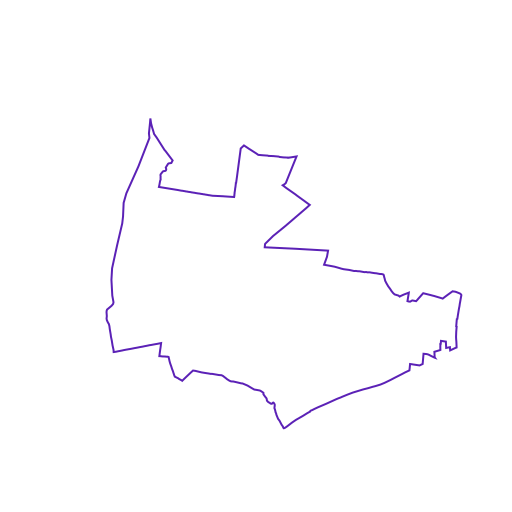 the district of Zacatelco, Tlaxcala, Mexico, rotated 65°
{"feature_id": "50627088B32824075530997", "entity_name": "Zacatelco", "entity_type": "district", "adm_level": 2, "iso_a3": "MEX", "parent_name": "Mexico", "parent_adm1": "Tlaxcala", "projection": "mercator", "projection_center": [-98.258, 19.197], "detail": "fine", "context": "isolated", "style": "outline", "palette": "violet", "viewbox_px": 512, "rotation_deg": 65, "n_neighbors": 0, "source": "geoboundaries", "source_scale": "gbopen_adm2", "svg_char_len": 6055}
<svg xmlns="http://www.w3.org/2000/svg" viewBox="0 0 512 512"><g transform="rotate(65 256 256)"><path d="M164.0,359.8L170.0,363.5L187.4,377.2L206.3,391.6L216.5,397.1L231.2,403.0L237.7,404.7L239.1,405.8L240.1,408.0L241.6,413.6L242.4,414.4L243.7,415.2L247.4,416.6L249.6,417.9L251.2,418.3L253.6,418.3L255.5,418.1L257.6,418.5L260.4,419.4L263.3,420.2L265.5,420.8L268.0,421.6L271.5,422.4L276.4,423.8L280.9,424.8L282.9,425.6L283.1,425.0L283.2,424.7L283.7,422.9L283.8,422.4L284.1,421.1L284.5,419.6L285.2,416.7L285.3,416.1L285.7,414.5L286.1,412.9L286.5,411.5L286.6,411.0L286.7,410.7L286.9,410.0L287.3,408.5L287.6,407.3L288.1,405.2L288.8,402.6L289.4,400.1L289.9,398.2L290.0,397.9L290.4,396.3L290.6,395.3L291.1,393.4L291.5,391.7L291.8,390.3L292.3,388.7L292.6,387.5L293.3,384.8L293.9,382.6L294.8,378.8L296.4,379.8L298.6,381.2L300.4,382.4L303.2,384.2L305.9,385.9L306.2,385.3L307.2,383.7L307.5,383.2L308.2,381.8L308.9,380.5L309.2,380.1L309.7,379.0L310.2,378.3L310.6,377.9L311.5,378.1L313.9,378.6L314.7,378.8L315.4,378.9L316.5,379.1L318.3,379.3L319.6,379.4L321.3,379.6L322.6,379.8L324.2,379.9L325.7,380.0L326.8,380.2L328.1,380.3L329.0,380.5L330.1,380.5L331.0,380.6L332.0,379.8L334.1,378.1L334.6,377.9L335.2,377.5L337.6,375.7L337.9,375.6L337.8,375.3L337.2,373.6L336.1,370.4L334.2,364.7L333.2,361.5L334.5,359.5L338.5,354.5L340.2,352.0L342.4,348.7L343.6,347.0L344.2,345.7L346.9,341.8L348.1,340.1L349.5,337.6L350.8,336.6L354.1,334.9L355.4,334.3L357.9,332.7L359.0,331.7L359.6,330.7L360.1,329.7L361.0,328.5L362.8,326.2L365.2,323.2L365.8,322.1L369.0,319.2L369.9,318.4L374.2,315.5L375.9,314.3L376.3,314.0L377.3,312.5L379.0,310.1L379.6,309.3L380.4,308.7L382.2,307.6L383.2,307.1L383.6,307.3L384.5,307.7L385.0,307.6L385.7,307.5L387.7,307.1L389.1,306.7L390.0,306.7L391.3,307.1L391.7,307.2L392.4,307.0L393.6,306.6L395.0,305.6L395.8,305.2L396.4,304.6L396.6,303.9L396.1,302.8L396.2,302.2L396.6,302.0L397.1,301.9L397.7,301.8L398.8,301.9L400.1,302.6L400.6,303.0L401.7,303.6L403.1,303.7L405.2,304.1L405.8,304.3L407.2,304.3L408.4,304.6L412.9,304.8L415.2,304.3L419.8,304.1L421.8,303.7L422.8,303.8L423.8,303.7L423.9,303.4L424.0,302.7L423.7,300.5L423.0,297.3L422.9,297.0L422.9,296.8L422.4,294.7L422.1,293.2L421.4,289.0L420.7,280.7L420.1,275.9L419.9,273.2L419.9,272.9L419.7,272.8L419.3,271.8L419.4,270.2L419.3,267.7L419.3,263.9L419.6,254.8L419.7,243.8L419.8,241.4L420.0,239.2L420.0,238.1L420.0,237.6L420.3,231.4L420.7,226.0L421.2,222.4L422.2,215.3L423.0,211.1L423.2,210.0L423.8,205.9L423.9,205.3L424.4,202.6L424.5,201.9L425.1,197.6L425.3,193.1L425.2,186.5L425.0,182.3L424.9,179.4L424.7,173.7L424.5,169.9L424.5,168.1L424.5,165.3L423.7,164.8L422.2,163.9L419.0,162.0L420.1,160.3L420.8,159.3L424.3,154.0L424.3,152.3L424.3,150.6L421.0,148.7L415.4,145.5L417.0,142.8L417.8,141.8L419.0,140.7L419.9,140.1L423.5,137.2L423.9,136.8L423.3,136.9L418.2,134.8L419.1,128.8L419.1,128.6L417.9,128.1L416.1,127.3L415.2,126.8L413.7,126.2L413.8,125.8L411.1,124.2L411.9,123.0L412.9,121.5L413.8,120.1L419.7,122.5L420.6,118.8L423.6,119.9L423.6,115.9L423.6,114.1L423.7,112.9L422.6,112.4L418.3,110.6L416.1,109.8L413.9,108.9L409.2,106.5L404.8,104.0L404.4,104.3L398.1,100.7L398.1,100.1L394.9,98.0L390.5,95.0L388.8,93.8L387.6,92.9L385.3,91.4L384.2,90.6L380.9,88.3L378.8,86.8L378.2,86.4L377.6,86.4L377.0,86.6L376.2,87.0L373.3,89.7L372.4,90.7L371.7,91.9L371.1,92.6L371.2,93.1L371.2,93.5L371.4,94.5L372.1,98.2L373.0,102.6L373.3,103.8L373.4,104.6L373.5,104.8L372.9,105.4L368.1,110.8L367.2,111.8L367.1,112.0L365.0,114.5L360.4,120.2L361.2,122.1L362.3,124.6L363.4,127.2L363.7,127.8L364.1,128.7L364.4,129.5L364.6,130.0L362.4,133.0L362.3,133.3L362.5,135.3L362.5,135.6L362.3,136.0L361.8,136.8L360.9,137.8L354.9,133.7L354.1,133.2L353.8,133.0L353.4,138.7L353.4,141.5L353.4,142.5L353.5,142.9L352.1,143.6L349.4,146.6L347.5,147.4L345.0,148.0L342.7,148.3L339.3,149.0L336.9,149.2L336.1,149.3L333.0,149.4L330.6,148.9L329.6,148.8L327.9,148.4L326.8,148.3L326.1,148.9L325.3,150.0L324.6,151.4L322.5,154.3L321.7,155.7L319.9,158.4L318.8,159.9L317.8,162.1L317.3,162.6L316.3,164.8L313.6,168.6L312.7,170.4L311.8,171.7L311.1,173.4L308.8,176.4L307.9,177.6L306.0,180.6L304.9,182.3L304.4,182.9L303.7,183.8L301.4,186.4L298.9,189.3L296.3,192.9L292.7,198.0L291.9,197.2L286.7,192.0L281.6,188.4L266.1,217.2L251.8,244.4L249.4,243.0L248.8,242.5L245.1,232.1L241.2,216.6L233.6,189.5L232.4,185.7L218.5,193.4L216.9,194.2L207.2,199.8L203.2,201.9L203.0,199.9L202.5,198.2L182.9,177.2L180.8,184.6L180.7,184.5L180.3,185.6L180.1,185.8L179.3,187.4L178.8,188.3L178.6,188.8L178.2,189.5L176.2,192.8L175.5,193.4L172.7,198.2L170.6,202.3L170.0,202.9L167.5,207.4L165.3,211.2L163.2,212.4L156.4,216.7L156.3,216.8L153.3,218.6L150.7,220.2L152.1,224.4L174.8,238.9L175.6,239.4L181.3,243.1L181.4,243.5L181.8,243.6L183.0,244.4L183.7,244.8L184.3,245.2L184.8,245.5L185.2,245.8L185.5,246.0L185.8,246.2L186.1,246.4L186.4,246.6L186.8,246.8L187.1,247.0L187.4,247.2L187.7,247.4L188.0,247.6L188.3,247.8L188.6,248.0L188.9,248.2L189.2,248.4L189.5,248.6L189.8,248.8L190.1,248.9L190.4,249.1L190.7,249.3L191.0,249.5L191.4,249.7L191.7,249.9L192.0,250.0L192.3,250.3L192.6,250.4L192.9,250.6L193.3,250.9L188.4,259.8L188.1,260.3L183.3,269.4L183.0,270.0L182.5,270.7L182.1,271.3L181.6,272.0L181.2,272.6L180.8,273.3L180.3,273.9L179.9,274.5L179.5,275.1L179.1,275.7L178.6,276.4L178.2,276.9L178.1,277.1L177.7,277.8L177.2,278.4L176.7,279.2L175.3,281.2L174.8,282.1L174.2,282.9L173.7,283.7L173.1,284.5L172.6,285.2L172.1,286.0L171.6,286.7L171.2,287.4L170.6,288.1L170.1,288.9L169.6,289.6L169.2,290.3L168.7,290.9L168.3,291.5L167.9,292.2L167.4,292.8L167.0,293.4L166.6,294.0L166.0,294.8L165.4,295.8L164.8,296.7L163.2,298.9L152.4,314.8L151.0,313.7L147.6,311.3L146.2,310.0L145.3,309.7L143.5,308.8L142.5,308.5L141.7,308.0L140.2,305.0L140.1,304.8L140.0,304.1L140.5,302.4L140.4,301.6L139.8,300.9L139.2,300.6L137.7,300.4L135.4,296.9L135.2,296.3L135.2,295.9L135.6,294.6L135.9,293.4L134.2,291.2L122.5,293.7L121.3,294.1L106.6,296.0L102.4,296.8L99.3,296.3L95.5,295.8L91.3,295.0L86.7,293.6L90.4,295.7L99.6,301.2L104.0,302.7L125.1,324.7L144.4,347.0L151.9,353.5L164.0,359.8Z" fill="none" stroke="#5b21b6" stroke-width="2"/></g></svg>